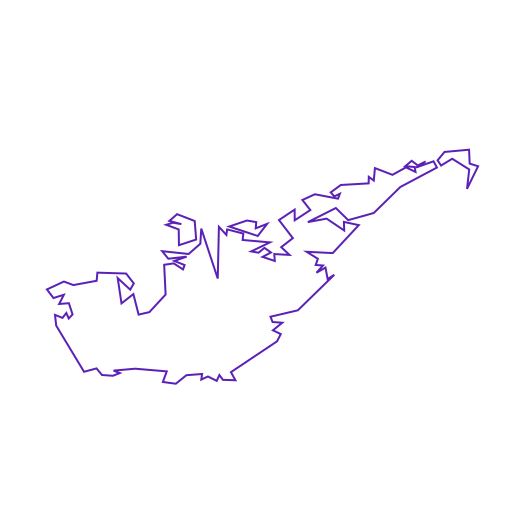 Askøy nor, Hordaland, Norway (Mercator projection), rotated 103°
{"feature_id": "86288312B29517582925264", "entity_name": "Askøy nor", "entity_type": "district", "adm_level": 2, "iso_a3": "NOR", "parent_name": "Norway", "parent_adm1": "Hordaland", "projection": "mercator", "projection_center": [5.11, 60.485], "detail": "medium", "context": "isolated", "style": "outline", "palette": "violet", "viewbox_px": 512, "rotation_deg": 103, "n_neighbors": 0, "source": "geoboundaries", "source_scale": "gbopen_adm2", "svg_char_len": 1958}
<svg xmlns="http://www.w3.org/2000/svg" viewBox="0 0 512 512"><g transform="rotate(103 256 256)"><path d="M129.1,99.6L123.8,104.3L133.8,120.0L125.7,112.0L131.4,118.7L128.2,125.7L134.9,130.7L133.6,121.4L138.2,119.5L135.9,129.8L146.2,141.3L143.6,159.9L156.0,158.2L153.5,163.9L159.9,162.6L167.7,189.3L177.2,197.5L180.3,193.1L176.5,188.3L181.7,189.0L182.6,212.5L191.0,223.4L199.0,213.4L212.5,226.3L202.1,228.8L215.8,241.7L230.3,224.1L241.7,233.4L247.4,223.6L250.0,238.6L256.6,236.6L255.4,249.4L249.2,242.2L246.2,249.6L252.2,254.3L252.6,261.7L239.6,245.5L243.4,272.6L237.0,273.4L236.6,290.1L242.1,289.6L235.9,298.7L286.6,288.2L241.6,315.5L256.6,313.0L269.2,322.1L272.4,348.5L278.4,340.8L272.2,323.4L279.2,334.5L280.9,323.5L285.5,324.1L281.7,334.5L285.2,343.5L313.9,335.4L334.7,347.3L339.5,357.2L320.7,366.9L332.4,376.4L308.6,385.8L317.1,371.0L310.2,368.9L302.3,378.6L307.9,406.8L316.0,405.7L325.4,427.4L324.1,437.4L335.6,452.2L342.5,443.9L337.0,434.5L347.0,437.0L344.1,427.7L354.2,421.6L359.0,424.4L354.2,428.0L359.8,430.6L358.6,438.6L368.8,435.0L407.5,397.5L401.4,386.1L406.6,379.3L404.9,368.5L400.7,362.4L399.7,369.0L393.0,348.4L388.5,317.0L399.7,318.4L398.5,305.4L387.8,297.0L383.1,282.0L388.7,281.5L384.2,275.7L386.5,266.2L380.2,264.9L384.1,260.4L381.7,248.1L374.8,254.3L334.4,216.3L326.5,214.3L324.6,222.8L315.1,215.4L316.6,225.0L311.9,228.2L299.5,203.0L256.7,175.5L262.3,181.0L251.7,185.7L258.7,193.3L250.2,188.6L251.3,195.8L244.8,195.1L240.5,207.6L235.9,181.9L202.8,162.8L203.0,178.0L211.3,175.8L203.7,195.6L211.3,213.1L191.3,189.0L200.3,174.2L187.6,150.9L156.3,130.9L129.1,99.6ZM118.6,59.8L117.9,68.6L104.5,72.3L112.2,95.7L121.9,100.6L126.2,96.0L117.1,86.7L123.7,67.7L143.1,65.5L118.6,59.8ZM253.4,318.0L235.7,323.6L233.0,342.3L241.3,348.3L241.7,335.9L242.3,344.5L245.8,350.5L247.5,337.3L262.8,333.5L253.4,318.0ZM236.1,258.8L222.2,252.4L229.1,262.5L222.9,263.4L223.5,272.9L233.3,288.7L236.1,258.8Z" fill="none" stroke="#5b21b6" stroke-width="2"/></g></svg>